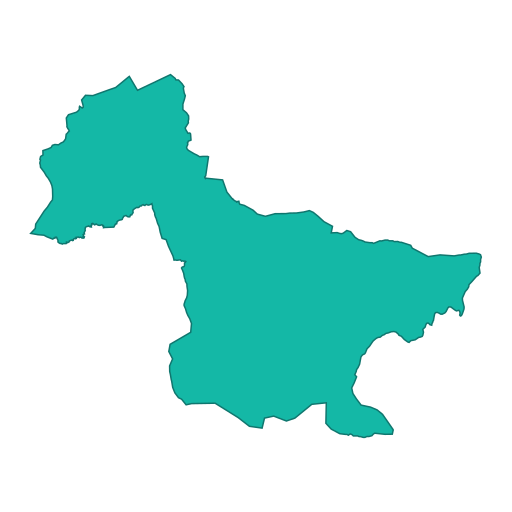 Gwaram, Jigawa, Nigeria
{"feature_id": "59680162B43366957039329", "entity_name": "Gwaram", "entity_type": "district", "adm_level": 2, "iso_a3": "NGA", "parent_name": "Nigeria", "parent_adm1": "Jigawa", "projection": "robinson", "projection_center": [9.954, 11.204], "detail": "fine", "context": "isolated", "style": "filled", "palette": "teal", "viewbox_px": 512, "rotation_deg": 0, "n_neighbors": 0, "source": "geoboundaries", "source_scale": "gbopen_adm2", "svg_char_len": 5977}
<svg xmlns="http://www.w3.org/2000/svg" viewBox="0 0 512 512"><path d="M30.7,233.4L37.9,234.7L43.9,235.2L46.9,236.8L52.7,239.1L53.5,238.6L53.9,238.1L54.9,238.2L55.0,237.4L56.1,237.1L56.7,237.4L56.8,238.0L57.8,239.9L58.1,240.9L57.9,241.9L59.0,242.9L60.1,243.5L61.3,243.5L62.2,244.1L63.3,243.6L66.1,243.6L66.6,242.9L66.4,242.1L66.8,242.0L67.6,242.7L69.2,241.8L69.4,240.9L72.1,240.0L72.7,240.6L73.3,240.3L73.3,239.7L73.7,238.9L74.8,238.6L75.6,238.8L76.4,238.4L76.5,237.7L76.1,237.4L78.3,237.0L79.3,237.6L80.3,237.2L81.3,237.4L82.0,238.1L83.0,238.0L83.8,238.1L84.1,237.7L84.3,236.9L83.3,237.0L83.0,236.4L83.4,236.0L83.6,235.2L83.2,234.5L84.5,233.9L84.2,233.4L84.2,232.5L84.8,231.5L85.3,230.1L85.1,229.6L85.0,229.0L85.3,228.4L85.2,227.9L85.6,227.3L86.2,226.8L86.9,226.5L88.0,226.3L88.5,225.9L89.9,226.8L91.4,227.0L91.3,226.4L90.8,225.9L91.6,225.3L92.0,224.7L91.5,224.1L91.8,223.6L92.4,223.4L92.9,223.4L94.3,224.7L94.8,224.9L95.3,224.3L96.3,224.0L97.3,224.8L98.7,225.3L99.9,225.4L101.8,224.7L102.5,225.2L103.0,225.3L103.5,225.9L102.9,226.1L103.5,226.8L103.5,227.7L104.6,227.5L113.8,227.1L115.5,224.0L116.6,223.9L117.0,222.6L116.9,221.9L117.6,221.2L119.2,220.2L121.7,219.7L122.3,219.3L122.5,218.4L123.9,216.2L126.1,215.5L127.4,216.6L128.9,216.9L129.8,216.8L130.5,214.9L131.7,214.9L132.4,213.6L133.1,212.7L132.9,211.1L133.0,210.1L134.4,208.8L135.5,208.1L137.0,207.3L137.9,207.7L139.3,207.0L140.1,206.0L141.5,205.9L142.2,205.0L143.2,204.6L143.8,205.2L144.9,205.5L145.5,204.8L146.5,204.4L147.4,204.9L148.7,205.1L150.4,204.5L151.8,203.7L151.8,204.2L152.5,205.8L152.5,208.2L154.7,213.0L154.7,214.6L155.4,216.9L156.2,218.5L157.6,223.3L159.1,226.5L160.2,232.1L162.1,238.4L166.1,239.6L168.5,246.3L172.9,255.8L173.6,258.2L174.0,260.1L175.7,260.0L176.9,260.3L180.4,259.8L181.5,261.2L182.6,260.8L183.6,261.2L184.8,261.1L185.8,261.5L185.4,262.3L184.5,263.0L184.5,265.3L184.2,266.3L183.8,266.7L182.3,267.0L181.5,268.0L182.6,270.4L183.7,273.4L184.2,276.5L184.6,278.2L185.2,279.4L185.4,281.2L186.9,283.9L187.0,286.5L187.6,290.6L187.3,295.3L186.6,297.9L185.2,300.6L184.8,302.0L184.1,304.2L184.1,305.6L185.5,308.7L186.6,312.5L187.9,315.5L189.8,318.8L191.5,323.5L190.7,332.3L170.1,344.3L168.8,351.5L172.6,358.9L169.6,365.9L169.7,371.5L170.4,374.6L171.2,379.4L171.7,381.3L172.7,387.4L174.9,392.9L178.5,397.7L181.6,399.2L186.1,404.8L191.6,403.6L215.1,403.2L238.2,417.6L249.4,426.3L262.1,428.1L264.5,418.1L273.7,416.1L286.4,421.0L294.9,418.1L311.8,404.3L326.3,402.8L325.9,423.3L331.2,429.1L339.8,433.7L345.5,434.4L346.9,434.4L348.4,435.2L350.2,433.9L352.0,434.6L353.3,435.9L357.6,435.9L359.1,436.6L360.5,436.6L363.3,437.4L364.8,437.4L366.9,436.5L369.0,436.5L371.9,435.7L373.3,434.1L374.7,433.2L384.9,434.3L392.3,434.2L393.2,430.0L393.0,429.7L393.0,429.4L382.5,414.3L377.1,409.9L370.5,407.1L361.1,405.1L356.4,398.9L352.9,393.5L351.7,387.9L354.2,382.8L356.6,376.8L354.8,374.7L356.2,371.5L356.6,369.6L358.0,367.6L359.6,364.2L360.9,357.1L361.6,356.0L362.6,354.8L364.6,353.9L365.4,352.8L367.0,348.8L369.6,346.1L372.3,342.1L373.3,340.8L375.9,338.6L377.8,337.5L380.3,337.1L382.4,335.3L384.2,334.7L385.9,333.4L388.3,332.9L391.1,331.8L393.8,331.5L395.9,332.0L398.2,334.0L399.0,335.3L401.3,336.2L404.3,339.5L407.8,342.0L409.1,342.4L410.7,340.7L415.2,339.8L418.7,337.4L420.4,337.1L422.2,336.4L422.8,335.3L423.5,332.2L422.8,329.4L425.2,327.0L425.9,324.5L426.9,323.2L428.0,323.0L429.1,323.7L429.9,324.7L431.7,325.2L432.0,323.4L432.6,322.6L432.8,321.3L433.4,320.7L434.1,316.6L434.7,313.7L435.6,312.6L437.3,312.4L439.0,313.1L440.6,314.1L442.2,314.2L444.9,312.9L446.1,311.5L447.9,307.9L448.9,306.9L450.9,307.0L455.0,310.1L456.4,310.9L458.9,310.3L459.6,311.2L460.1,313.0L459.7,315.1L460.4,316.0L461.4,315.6L462.3,313.9L463.4,310.8L464.0,308.9L464.1,306.9L462.5,300.4L462.4,298.0L465.2,291.6L467.3,289.2L468.7,286.8L469.0,284.6L471.5,282.0L476.5,276.3L477.9,275.5L480.0,273.1L479.2,267.5L479.9,265.1L479.9,263.5L480.6,261.9L480.6,259.5L481.3,257.1L480.5,254.7L479.1,254.0L476.3,253.2L469.1,253.3L466.3,254.1L464.2,254.2L460.6,255.0L459.2,255.0L454.2,255.9L440.0,254.9L428.2,256.6L412.3,248.2L410.7,245.3L401.4,242.3L399.9,242.3L397.8,241.5L394.2,241.6L392.8,240.8L389.3,240.8L387.8,240.1L385.0,240.1L381.3,241.0L379.9,240.8L373.6,243.4L372.2,242.7L370.0,242.7L365.0,242.0L363.6,241.2L361.5,240.4L358.6,239.7L355.0,237.3L350.6,231.7L346.8,230.5L343.2,233.2L341.3,233.7L339.2,233.3L337.2,232.6L331.2,232.9L332.5,226.3L324.0,221.7L318.1,216.3L313.3,212.4L309.4,210.6L303.7,212.0L296.4,213.0L289.8,213.1L285.9,213.6L275.1,213.7L265.4,216.3L257.3,214.1L253.1,210.2L244.3,205.4L239.7,204.2L239.0,202.4L238.9,201.3L238.2,201.3L237.6,201.5L236.7,202.1L235.9,201.2L235.3,201.1L233.5,199.8L232.8,198.9L232.5,199.1L226.9,192.1L222.6,179.9L205.9,178.2L205.7,178.4L205.6,178.1L205.3,178.2L204.8,177.7L204.7,176.9L205.7,175.8L208.5,156.8L207.6,156.4L203.0,156.4L199.6,156.7L196.8,155.0L194.2,153.8L188.3,150.3L186.9,148.7L186.6,147.2L187.2,145.7L187.7,144.8L187.8,143.9L187.4,142.8L188.0,142.2L188.1,141.4L188.7,140.9L189.7,140.7L191.0,140.1L190.6,134.5L190.4,133.5L189.7,133.0L188.0,133.3L185.8,129.7L185.2,128.0L188.4,122.8L188.2,121.2L188.7,119.1L188.6,115.9L186.5,112.8L182.9,109.7L182.9,104.1L184.5,99.0L185.3,95.7L184.2,93.0L183.4,88.5L183.5,87.5L184.0,86.7L182.1,83.8L178.5,80.0L175.9,79.9L175.2,78.4L170.5,74.6L137.5,90.3L129.3,76.4L128.0,77.4L115.7,87.5L109.3,89.7L92.9,95.6L85.5,95.3L81.6,100.0L83.0,105.0L83.2,106.3L83.1,107.4L82.2,108.0L79.6,106.3L79.4,106.9L79.3,108.1L79.4,109.3L78.3,110.7L76.5,112.2L68.5,114.7L66.3,118.0L67.0,125.5L66.9,126.8L67.6,128.0L67.8,128.6L68.2,128.9L69.3,131.0L68.2,132.0L67.0,133.6L66.2,134.2L65.6,138.8L64.4,140.6L63.2,142.0L60.8,143.1L58.5,144.8L54.9,144.5L52.4,145.3L51.1,147.5L48.0,148.9L42.9,150.6L43.0,155.0L40.6,156.5L39.9,159.3L40.5,160.0L39.8,163.1L40.3,165.0L40.5,167.3L44.3,172.3L46.3,175.8L48.3,178.3L50.5,182.1L51.9,185.6L52.5,189.0L52.7,196.5L52.4,200.0L50.7,202.0L47.4,207.2L44.2,211.0L35.7,224.1L35.3,228.4L30.7,233.4Z" fill="#14b8a6" stroke="#0f766e" stroke-width="1.5"/></svg>